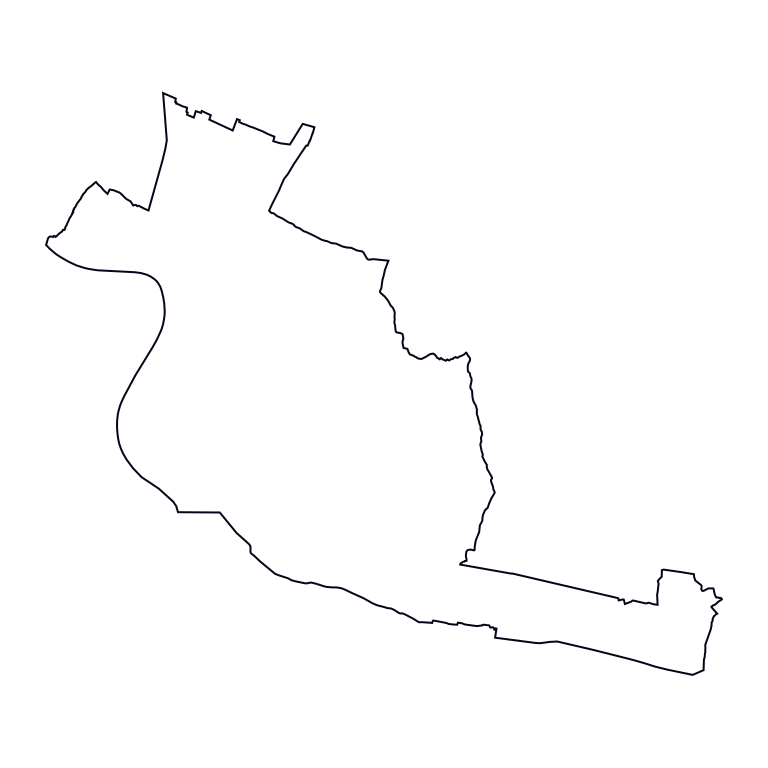 Mueang Samut Prakan, Samut Prakan, Thailand (Natural Earth projection)
{"feature_id": "78962969B45511956766283", "entity_name": "Mueang Samut Prakan", "entity_type": "district", "adm_level": 2, "iso_a3": "THA", "parent_name": "Thailand", "parent_adm1": "Samut Prakan", "projection": "natural_earth1", "projection_center": [100.67, 13.577], "detail": "fine", "context": "isolated", "style": "outline", "palette": "ink", "viewbox_px": 768, "rotation_deg": 0, "n_neighbors": 0, "source": "geoboundaries", "source_scale": "gbopen_adm2", "svg_char_len": 6069}
<svg xmlns="http://www.w3.org/2000/svg" viewBox="0 0 768 768"><path d="M661.9,570.1L661.7,576.8L658.5,580.0L657.8,581.0L658.6,583.5L657.6,592.3L657.1,594.5L657.6,604.8L653.3,604.2L648.7,602.7L646.2,603.4L645.2,603.3L633.1,600.5L632.5,600.6L631.1,601.7L624.9,604.0L623.8,599.6L623.1,599.4L618.7,600.4L618.5,599.9L618.4,598.4L617.9,598.1L512.3,573.5L511.2,573.6L460.2,564.6L460.5,563.5L462.0,562.5L463.3,561.8L464.1,561.7L464.7,561.0L465.8,561.0L466.5,560.8L466.6,559.6L465.9,556.4L465.9,555.4L466.3,551.9L467.1,550.5L468.0,550.0L469.6,549.7L471.4,549.7L473.5,550.3L474.2,550.3L474.6,550.0L474.7,546.9L475.7,540.7L479.2,531.9L479.9,525.2L482.3,521.0L482.4,518.3L483.0,514.9L485.0,510.3L487.8,507.6L489.1,503.5L491.4,498.3L494.3,493.5L494.7,492.3L494.4,491.3L493.4,489.6L493.0,486.4L492.3,484.9L491.0,481.0L491.0,480.0L492.0,478.4L492.0,477.6L488.3,470.8L487.4,469.5L486.8,467.2L486.8,464.8L484.6,461.2L482.4,456.5L482.8,454.5L481.7,451.3L480.3,444.7L480.6,443.3L481.3,441.7L481.0,437.7L482.2,434.3L481.9,433.3L481.9,431.9L480.7,429.9L480.5,427.8L480.6,425.8L479.8,424.7L477.7,416.5L476.8,413.8L477.0,412.4L476.7,411.2L477.0,409.9L476.1,406.5L475.6,405.1L473.8,402.2L472.9,399.4L472.4,396.4L472.1,391.1L471.7,390.0L470.7,388.7L470.4,387.8L470.5,385.6L471.4,381.9L471.6,378.9L470.3,376.0L470.0,373.7L469.4,372.7L468.1,371.6L467.9,371.1L467.7,366.1L468.3,363.6L469.9,360.7L470.1,359.5L470.0,358.5L469.4,357.3L468.0,355.6L466.4,352.7L466.1,352.7L464.0,354.5L461.7,355.8L459.9,356.3L457.7,357.8L456.9,357.7L455.6,357.0L454.7,357.7L453.8,357.8L452.7,359.0L450.9,359.2L449.4,360.4L449.0,360.4L447.2,359.5L445.8,360.7L442.6,359.4L441.1,358.1L440.6,358.2L439.8,359.3L439.4,359.3L438.5,358.4L437.0,357.7L436.1,356.0L435.1,355.1L434.7,354.5L433.0,353.6L430.2,354.1L425.7,356.9L422.1,358.7L420.8,359.0L417.6,358.3L416.3,357.2L414.9,356.7L413.3,355.6L410.0,354.5L408.8,352.7L407.4,348.9L403.5,347.9L402.6,343.4L402.6,341.1L403.4,338.7L402.6,334.3L401.9,333.7L400.4,333.1L396.7,332.4L396.2,332.0L395.7,331.3L395.0,325.1L394.3,322.2L394.7,319.4L394.5,316.4L394.8,313.2L394.3,311.0L393.4,308.9L392.8,307.7L390.8,305.7L388.2,301.0L387.1,299.4L384.8,296.6L380.8,293.1L380.0,292.0L380.1,290.9L381.3,288.2L382.5,279.7L383.6,276.0L384.9,270.0L388.4,260.7L373.9,259.2L372.2,259.2L369.7,259.7L368.2,259.5L367.4,259.0L366.8,258.2L363.5,252.6L362.1,251.4L357.1,250.5L351.2,247.8L346.7,247.5L342.6,246.5L336.0,243.6L331.5,243.1L327.2,241.2L324.3,240.6L321.4,239.6L314.4,235.9L306.4,232.1L303.7,231.2L299.8,228.4L295.8,226.9L295.1,226.4L293.8,224.8L292.5,223.8L288.6,222.4L282.3,218.4L277.1,216.1L273.8,213.4L271.1,212.8L269.1,210.6L272.4,203.6L278.9,190.8L281.3,185.0L284.1,178.9L287.9,174.0L293.7,164.3L306.2,145.6L307.7,145.6L309.6,140.9L309.8,141.0L310.5,139.4L312.6,133.1L312.8,133.2L314.4,127.2L302.7,123.9L289.9,144.5L280.3,143.3L273.3,141.2L274.4,136.7L267.6,133.9L263.2,131.6L253.3,127.6L249.6,126.4L245.8,124.7L242.7,123.7L239.2,122.0L239.8,120.2L237.0,119.1L232.7,130.5L209.3,119.6L210.8,115.2L201.7,111.0L201.1,112.9L195.8,111.2L193.8,117.6L189.5,115.8L187.0,114.7L187.7,112.6L186.6,112.1L186.4,111.7L187.0,108.5L187.0,107.7L182.0,106.1L179.3,104.7L176.1,103.5L176.4,102.3L175.2,101.9L175.8,98.6L163.1,93.1L166.8,140.3L165.3,148.9L162.2,161.5L148.5,210.5L144.1,208.6L138.7,205.7L137.3,206.2L136.1,205.0L135.2,204.9L133.2,205.5L130.5,201.3L126.8,199.3L125.2,198.0L122.3,195.0L119.7,192.7L119.0,192.4L113.4,190.2L109.7,189.5L107.5,193.9L103.5,190.1L101.0,187.0L98.0,184.4L96.1,182.0L95.3,182.4L91.4,185.9L88.6,187.9L85.9,190.6L85.8,191.4L83.4,193.9L81.4,197.1L81.2,198.1L78.1,202.1L76.8,204.1L75.8,206.2L74.9,207.6L74.3,208.0L74.1,209.0L73.6,209.3L73.6,210.1L72.9,211.1L73.3,212.1L72.7,212.6L72.7,213.2L72.1,213.5L72.0,214.3L71.4,215.5L69.4,218.6L68.4,221.2L67.5,222.7L66.5,225.5L65.9,226.0L65.2,227.7L65.1,228.7L64.5,229.9L64.2,230.0L63.4,229.7L62.9,229.9L62.2,231.3L58.5,234.1L57.2,235.6L55.6,236.9L54.3,235.9L53.9,236.0L53.2,237.0L51.4,236.5L50.1,236.5L49.1,237.0L48.0,238.4L46.1,245.0L50.1,249.1L55.9,254.0L60.4,257.0L68.4,261.6L76.4,265.4L84.6,268.0L89.8,269.1L97.6,270.3L134.4,272.2L140.7,273.0L146.8,274.7L151.1,276.8L155.0,279.6L156.8,281.4L158.4,283.5L160.4,287.0L161.7,290.8L163.3,297.6L164.2,303.2L164.7,310.5L164.6,314.9L164.0,319.3L163.2,323.7L162.0,327.9L161.0,330.7L156.7,340.0L152.1,348.1L135.4,375.3L124.3,396.0L121.8,401.3L120.2,405.2L118.7,410.4L117.8,414.3L117.1,421.1L117.0,426.6L117.5,433.8L118.3,439.5L119.2,443.7L121.0,448.9L123.2,453.8L126.6,459.6L133.1,468.3L141.5,477.1L159.0,488.8L173.3,501.8L176.3,506.3L178.0,512.2L219.8,512.5L236.5,532.9L249.1,544.2L250.2,545.8L250.5,547.0L250.5,551.6L250.6,552.6L251.0,553.3L254.4,556.0L260.4,561.7L275.2,573.9L279.4,575.5L288.1,578.3L291.6,580.3L295.4,581.3L305.1,583.3L306.6,583.4L310.6,582.6L311.5,582.6L316.3,583.8L324.4,586.4L327.2,587.0L332.5,587.4L336.5,587.4L341.2,588.2L344.7,589.5L352.8,593.4L363.5,598.2L372.2,603.1L375.5,604.6L378.3,605.6L384.0,607.0L387.4,608.1L391.1,608.5L394.0,609.8L398.8,612.9L400.3,613.5L402.0,613.3L404.6,614.2L413.1,618.6L418.8,622.2L422.3,622.2L432.2,622.9L432.8,620.9L433.4,620.5L446.4,623.0L448.8,624.0L454.6,624.6L457.2,624.7L457.9,622.7L461.7,623.2L465.0,624.5L476.9,626.1L482.3,625.4L482.4,625.0L483.5,624.7L489.1,625.4L489.4,625.6L490.1,627.3L491.0,627.6L492.5,627.2L493.4,627.5L494.3,629.6L495.3,629.8L495.5,628.4L496.5,628.6L495.1,637.7L535.9,643.0L540.1,643.2L549.9,641.9L557.2,641.5L593.2,649.9L631.7,659.6L644.7,663.3L655.0,666.6L668.0,669.8L692.7,674.9L703.6,670.1L703.9,659.9L704.7,656.8L705.0,653.4L705.4,651.2L705.2,650.4L705.4,648.2L705.3,644.7L710.7,629.5L711.1,627.3L711.5,626.2L711.6,622.7L712.6,620.8L712.7,618.8L713.9,616.2L714.9,615.5L715.8,614.4L717.2,613.7L711.5,607.2L711.4,606.8L712.6,605.7L715.3,604.5L718.1,601.9L721.8,599.5L721.9,599.1L720.8,597.9L719.2,598.0L718.2,597.4L716.5,597.5L715.9,597.1L714.6,593.9L713.6,588.9L713.2,588.4L708.4,588.4L703.7,590.8L702.9,591.0L702.1,590.7L701.3,589.3L701.6,586.9L701.5,585.7L700.9,584.9L695.4,580.6L694.2,577.3L693.9,574.2L681.1,572.1L663.6,569.6L661.9,570.1Z" fill="none" stroke="#020617" stroke-width="2"/></svg>